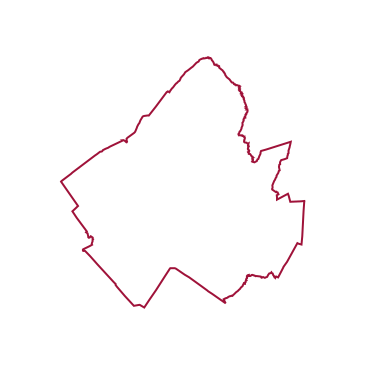 outline of Beidaud, Tulcea, Romania, rotated 27°
{"feature_id": "2599482B84970171586181", "entity_name": "Beidaud", "entity_type": "district", "adm_level": 2, "iso_a3": "ROU", "parent_name": "Romania", "parent_adm1": "Tulcea", "projection": "mercator", "projection_center": [28.531, 44.703], "detail": "fine", "context": "isolated", "style": "outline", "palette": "rose", "viewbox_px": 384, "rotation_deg": 27, "n_neighbors": 0, "source": "geoboundaries", "source_scale": "gbopen_adm2", "svg_char_len": 5972}
<svg xmlns="http://www.w3.org/2000/svg" viewBox="0 0 384 384"><g transform="rotate(27 192 192)"><path d="M256.2,273.6L272.5,275.9L268.9,273.2L269.7,272.0L270.1,271.8L270.5,271.0L271.0,270.7L271.7,269.9L271.9,269.1L273.1,267.6L273.9,267.1L274.2,266.5L275.2,266.2L275.4,265.1L275.7,264.6L276.9,261.0L277.7,259.6L278.2,257.9L278.8,256.4L278.9,255.0L279.7,253.1L279.8,252.6L279.6,252.0L279.7,251.1L279.6,249.8L280.4,249.8L280.3,249.3L280.6,249.3L280.3,248.8L280.6,248.4L280.7,247.9L280.3,247.3L280.2,246.6L280.6,246.1L280.1,245.9L279.9,245.3L279.8,244.8L280.0,244.5L279.8,243.6L280.0,243.5L279.9,243.3L279.7,242.7L279.1,242.1L279.2,241.3L279.7,240.5L280.1,240.2L280.2,240.9L280.6,241.2L282.0,240.4L282.1,240.0L282.7,239.5L282.9,238.8L283.5,238.4L284.2,238.4L284.8,238.1L285.5,238.3L286.2,238.0L287.0,238.1L287.6,237.6L291.7,236.1L292.1,236.2L292.5,236.7L292.9,236.8L293.2,236.6L293.5,235.9L293.9,235.5L295.9,235.4L296.5,234.6L296.8,234.2L297.5,233.5L297.5,231.2L297.8,229.5L299.0,228.5L299.2,227.5L300.2,228.1L300.9,228.0L301.8,228.8L302.2,229.3L303.1,229.6L303.4,230.0L304.1,229.8L304.2,230.3L304.4,230.6L304.8,230.5L305.2,230.7L305.2,230.2L305.5,229.1L307.5,229.0L307.6,220.8L307.6,217.5L307.5,217.2L308.4,211.1L309.1,189.7L310.4,189.7L313.4,189.1L310.4,181.5L300.0,158.2L296.5,149.9L296.3,149.1L296.2,149.0L293.4,150.8L284.0,156.1L280.0,151.6L278.3,150.0L271.2,160.2L270.3,158.4L269.0,156.4L270.1,154.8L268.6,153.6L268.2,153.8L267.2,153.4L266.8,154.0L262.4,153.4L262.0,153.0L261.9,151.7L261.2,150.5L260.6,149.6L260.2,144.8L260.4,143.3L260.2,141.8L260.4,140.1L259.9,139.0L260.2,135.8L259.8,133.8L260.3,132.9L258.1,130.2L257.4,128.0L257.9,127.2L257.1,125.9L256.9,125.0L257.0,123.1L259.5,120.8L261.4,118.7L260.6,116.4L260.6,115.4L260.1,114.6L260.4,113.6L259.2,111.3L258.7,108.0L258.3,106.7L257.8,104.5L257.2,102.4L238.9,120.4L234.9,124.1L235.1,125.6L235.6,126.7L235.7,127.5L235.7,129.3L236.1,132.5L235.5,133.2L235.7,135.0L235.6,135.3L234.8,136.1L234.4,137.0L234.2,137.2L232.3,137.6L231.8,137.6L231.9,136.8L232.1,136.6L232.0,136.3L231.6,136.1L231.8,135.9L231.6,135.4L231.0,135.1L230.9,134.6L230.2,134.4L230.2,134.1L230.5,133.8L230.2,133.8L230.2,133.4L230.0,133.0L228.7,133.0L226.7,131.8L225.4,132.2L225.2,131.6L224.5,130.9L224.3,130.9L224.3,131.3L223.8,131.0L224.1,130.5L224.0,130.2L224.4,130.1L224.4,129.4L223.0,128.4L222.6,128.6L222.2,128.3L221.7,126.6L222.0,125.7L221.6,125.3L221.2,125.6L220.9,125.5L220.7,125.0L220.8,124.6L220.6,124.2L220.3,123.0L219.9,123.6L219.7,123.7L218.2,123.3L216.5,123.9L215.7,123.7L215.2,122.9L215.2,122.2L214.9,121.8L215.0,121.5L214.6,119.8L213.7,119.5L213.6,119.3L213.5,118.8L212.8,119.1L211.7,118.7L211.5,118.8L210.9,118.7L210.8,118.8L210.9,119.2L209.9,119.2L209.4,119.6L208.5,119.8L208.1,120.2L207.3,119.7L207.0,118.8L207.3,118.2L207.3,117.7L207.0,117.0L207.0,116.4L207.3,116.0L207.4,115.4L207.3,112.9L206.9,112.1L206.9,110.3L206.6,109.6L206.7,109.2L206.2,108.6L205.5,107.4L205.7,106.2L205.6,104.9L205.3,104.7L205.3,104.3L204.9,103.9L204.9,102.9L205.3,102.5L204.9,101.9L204.8,101.2L205.4,101.1L205.0,100.6L205.1,99.6L204.5,98.8L204.6,98.5L205.0,98.1L204.7,97.6L204.9,97.3L204.7,97.0L204.7,96.6L205.0,95.7L204.8,95.4L204.8,94.6L204.3,93.8L203.8,93.8L203.7,93.4L203.3,93.6L203.4,93.2L202.3,93.0L202.7,92.7L202.2,91.6L201.9,91.3L201.2,91.4L201.4,90.9L201.1,90.7L200.6,90.0L200.0,89.7L199.1,88.7L198.1,88.2L197.2,86.8L195.9,85.8L196.0,85.4L195.4,85.0L195.4,84.6L194.8,84.4L194.5,84.0L194.0,84.2L193.6,84.0L193.3,84.0L193.2,83.5L192.8,83.7L192.0,83.2L192.2,82.9L192.2,82.6L191.7,82.1L191.6,81.9L192.0,82.1L192.3,81.8L192.3,81.5L191.3,81.2L191.1,80.8L190.8,80.9L190.8,81.2L190.6,81.4L190.5,80.9L189.5,80.4L188.6,80.4L188.2,80.2L188.3,79.7L187.6,79.6L187.9,78.7L187.7,78.7L187.5,78.1L187.0,78.5L186.8,78.3L187.2,78.1L187.2,77.9L186.9,77.8L186.7,77.4L186.8,77.1L186.0,76.7L186.3,76.5L186.6,76.0L185.6,75.9L185.2,76.2L183.7,76.3L183.3,76.6L182.8,76.6L182.7,76.8L182.4,76.6L181.9,76.6L181.7,76.8L181.2,76.5L180.8,76.8L180.4,76.8L179.6,76.2L178.7,75.9L177.9,76.3L177.6,76.3L174.2,74.6L170.7,73.9L170.4,73.6L168.7,72.8L168.0,71.9L167.4,71.7L166.8,71.1L166.0,71.0L165.6,70.4L164.7,70.2L163.9,69.7L162.3,69.5L161.5,69.2L160.3,69.1L159.7,68.7L159.6,68.3L159.1,68.2L158.9,67.6L157.7,68.0L157.4,67.6L156.6,67.9L156.2,67.5L155.9,68.0L155.3,67.7L154.4,68.5L154.1,68.5L152.4,66.8L150.8,65.9L149.9,65.6L149.2,64.9L147.7,64.2L147.0,64.5L146.8,65.1L146.2,65.3L146.0,65.2L145.9,64.7L145.7,64.5L145.0,64.7L144.6,65.7L144.3,65.9L143.7,66.0L143.5,66.5L142.3,67.4L141.7,67.4L141.3,68.1L140.6,68.3L140.2,69.1L139.6,69.6L138.9,70.7L138.6,71.3L138.7,72.1L138.6,72.9L137.9,73.8L137.2,75.1L135.8,79.9L135.3,80.9L135.2,81.0L133.3,85.2L131.6,88.3L131.4,90.9L130.4,94.4L130.2,95.6L130.4,97.5L130.3,98.7L129.6,99.8L129.1,101.6L128.6,102.5L128.2,104.0L127.6,107.5L127.1,108.9L126.6,112.1L126.6,113.4L124.8,113.3L124.6,113.6L124.4,114.3L124.1,114.5L121.0,132.5L118.8,143.5L117.8,143.9L114.8,146.0L114.1,146.7L113.8,147.3L113.5,151.6L113.8,154.6L113.5,156.0L113.5,158.8L113.7,159.9L114.0,164.1L113.7,165.4L109.9,172.9L109.5,174.2L110.5,175.9L111.3,176.7L111.2,177.4L111.0,177.5L108.8,176.9L107.4,176.9L107.1,177.1L107.3,177.1L98.9,188.0L97.8,189.5L97.4,190.4L95.3,192.8L93.6,195.2L93.5,196.3L93.2,196.9L91.9,197.8L91.7,198.1L90.1,201.5L89.0,203.5L76.6,229.0L75.9,230.9L70.8,241.4L70.6,242.2L96.8,256.2L94.2,263.5L100.9,267.3L116.2,274.9L115.9,276.0L117.8,276.3L118.5,277.3L119.3,278.1L120.1,279.4L120.6,279.6L120.9,279.6L121.5,279.0L121.9,277.4L124.2,277.7L124.6,278.8L125.3,279.0L125.2,279.7L125.2,280.1L125.7,280.7L126.1,283.3L126.4,284.1L126.9,284.4L125.3,286.8L121.0,292.5L121.0,293.0L121.5,293.8L122.3,293.7L122.9,293.2L123.6,293.1L130.6,295.5L140.8,299.5L162.8,307.7L165.8,308.7L166.1,309.5L168.1,310.5L179.5,315.2L191.9,319.8L196.4,316.4L196.8,316.3L201.9,316.6L203.0,307.0L204.5,295.8L206.1,279.6L207.1,270.1L207.3,269.7L211.3,267.7L212.5,267.6L223.1,269.0L228.1,269.3L243.5,271.7L250.3,272.8L251.4,273.1L256.2,273.6Z" fill="none" stroke="#9f1239" stroke-width="2"/></g></svg>